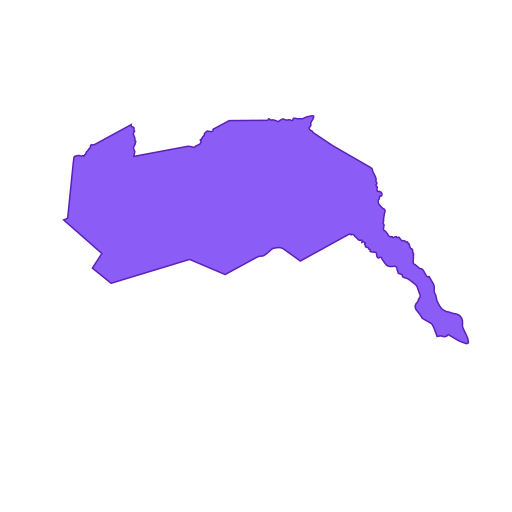 outline of Sensenti, Ocotepeque, Honduras, rotated 153°
{"feature_id": "27666195B50269536793474", "entity_name": "Sensenti", "entity_type": "district", "adm_level": 2, "iso_a3": "HND", "parent_name": "Honduras", "parent_adm1": "Ocotepeque", "projection": "albers", "projection_center": [-88.964, 14.531], "detail": "fine", "context": "isolated", "style": "filled", "palette": "violet", "viewbox_px": 512, "rotation_deg": 153, "n_neighbors": 0, "source": "geoboundaries", "source_scale": "gbopen_adm2", "svg_char_len": 6132}
<svg xmlns="http://www.w3.org/2000/svg" viewBox="0 0 512 512"><g transform="rotate(153 256 256)"><path d="M291.9,253.5L255.3,254.5L252.9,254.2L251.3,253.4L249.8,252.9L248.3,252.8L244.7,253.4L240.7,254.4L239.3,254.9L237.3,255.0L234.7,254.3L232.2,253.3L230.3,252.2L228.4,250.1L218.8,231.4L162.5,233.2L162.1,232.2L161.6,231.7L161.3,231.6L160.9,231.9L160.6,231.8L159.5,230.6L158.9,229.7L158.9,229.4L159.1,229.0L159.1,228.6L158.5,227.5L157.3,223.7L156.7,223.2L156.1,222.5L155.1,222.5L154.8,222.3L154.6,222.1L154.6,221.7L154.8,220.9L155.1,220.4L155.6,220.1L155.6,219.9L155.4,219.9L154.6,220.2L153.9,220.2L152.7,217.8L152.7,217.7L152.8,217.6L153.1,217.8L153.4,217.7L154.0,217.2L153.6,215.3L153.8,215.0L154.2,214.8L154.3,214.6L153.9,214.0L152.3,212.5L152.3,212.2L152.4,211.6L152.4,211.1L152.1,210.7L151.7,210.3L151.5,210.1L151.5,209.9L151.7,209.2L151.9,208.6L152.2,208.2L151.5,207.4L148.1,205.2L147.7,204.9L147.5,204.5L147.4,203.9L147.9,202.6L148.4,201.0L148.5,200.3L148.4,199.5L148.2,199.0L147.7,198.6L147.4,198.5L146.7,198.6L146.2,198.6L145.3,198.1L144.9,197.6L144.8,197.1L145.1,196.1L145.1,195.4L144.4,190.9L144.0,189.1L143.7,188.3L142.9,187.1L141.7,186.0L140.7,185.4L139.6,184.8L137.3,184.1L136.7,183.6L136.3,183.1L136.0,182.3L135.9,181.4L136.1,180.7L136.6,179.7L136.7,177.5L136.8,177.0L137.1,176.4L137.1,176.0L136.9,175.7L135.6,174.5L134.4,173.1L134.3,172.5L134.8,171.5L134.8,171.1L134.7,170.8L133.8,169.4L131.8,167.7L130.9,166.4L129.8,164.4L128.1,160.9L127.1,158.7L126.5,156.8L126.4,155.8L127.3,149.0L127.5,146.6L127.7,146.1L128.2,145.4L128.7,144.9L130.2,144.0L131.2,143.3L131.9,142.5L132.2,142.0L134.5,141.1L135.8,140.4L137.1,138.9L137.8,136.4L137.3,133.3L136.7,130.3L136.3,128.2L136.2,125.1L130.2,115.8L130.1,112.8L130.2,109.9L131.2,102.1L127.7,101.0L125.5,99.1L124.5,98.4L123.0,98.1L122.2,98.1L120.4,98.7L113.8,88.3L109.3,83.3L107.9,82.1L106.2,82.2L105.4,84.1L104.7,86.6L104.4,92.5L104.4,95.1L104.2,97.9L103.9,99.7L102.4,102.5L101.3,104.9L101.0,107.5L101.5,110.4L103.0,112.6L105.0,114.4L106.9,115.7L109.3,118.3L111.4,119.9L112.6,121.4L113.8,123.3L114.5,124.8L114.9,127.0L115.1,129.6L115.0,134.4L113.6,139.6L113.7,142.0L112.9,144.5L111.2,147.4L110.6,150.2L111.1,159.2L112.4,159.4L112.7,159.7L112.9,160.1L113.2,161.2L113.4,166.6L113.7,168.4L114.1,169.2L115.3,170.1L116.2,171.4L117.2,174.0L118.0,175.8L118.9,177.1L119.1,177.8L118.9,178.8L118.3,180.0L116.6,182.9L114.5,186.7L114.5,187.0L114.8,187.4L114.9,187.7L114.2,189.1L113.8,190.2L113.7,190.7L113.9,191.7L114.1,191.9L114.7,192.4L114.8,193.1L114.7,194.5L114.1,197.2L114.7,198.0L114.7,198.3L114.5,199.2L114.6,199.6L114.8,200.0L115.0,200.1L115.5,200.2L115.9,200.3L116.2,200.7L116.4,201.7L117.3,202.5L118.1,203.0L118.9,203.1L119.1,203.3L119.7,205.5L120.0,207.5L120.2,207.9L120.6,208.1L121.3,208.1L121.8,208.3L122.1,208.8L122.1,209.5L122.3,209.7L124.6,210.0L125.3,210.2L125.7,210.4L125.9,210.7L125.8,211.2L126.0,211.5L126.3,211.7L127.0,211.8L127.3,212.0L128.2,212.9L128.5,213.4L128.7,213.9L128.8,216.2L129.3,218.8L129.6,219.7L130.3,220.7L130.4,221.2L130.3,221.7L129.8,222.8L129.2,223.6L128.3,224.8L127.9,225.4L127.7,226.2L127.9,227.4L127.7,228.0L127.3,228.5L126.5,229.0L126.0,230.3L125.1,231.7L122.5,235.2L120.9,237.0L120.4,237.9L120.3,238.6L120.4,239.3L120.6,239.8L121.2,240.6L121.5,241.2L122.3,243.7L122.8,245.7L123.0,247.2L122.5,248.7L122.1,249.6L121.5,250.3L121.1,250.6L120.5,250.8L120.2,251.0L119.4,252.2L118.5,253.1L118.3,253.2L118.0,253.2L117.8,253.1L117.5,252.6L117.2,252.6L116.9,252.6L116.4,252.9L116.1,253.3L115.5,254.3L115.4,254.8L115.5,255.4L115.6,256.0L115.9,256.5L116.8,257.7L117.3,257.9L117.8,258.0L118.1,258.2L118.4,258.6L118.4,259.1L118.2,259.9L117.9,260.7L117.6,261.2L116.9,261.8L116.6,262.3L116.7,262.9L117.1,263.8L117.0,264.4L116.7,264.9L115.7,265.4L115.3,265.8L115.1,266.6L115.3,267.7L115.2,268.2L114.9,268.8L114.2,269.7L113.9,270.6L113.6,272.7L113.6,278.0L113.5,278.7L113.1,280.1L113.0,281.1L113.1,281.6L113.6,282.1L113.6,282.6L137.4,319.2L149.1,340.1L149.1,341.3L149.6,342.4L150.6,343.5L150.8,344.9L150.7,345.6L150.5,346.0L149.9,346.5L148.8,346.7L148.1,347.2L147.6,347.9L146.9,349.4L146.4,350.0L145.5,350.7L143.3,352.0L142.3,352.8L141.4,353.8L141.2,354.3L141.3,354.8L141.9,355.2L143.4,355.8L146.7,356.7L149.0,357.1L151.6,357.1L152.8,357.4L156.4,359.3L157.3,359.9L158.7,361.0L159.7,361.6L160.2,361.6L160.6,361.4L160.9,361.2L161.3,360.7L161.6,360.4L162.1,360.3L162.5,360.4L163.1,360.8L163.6,361.6L164.0,362.0L164.9,362.5L166.4,362.9L167.3,363.4L168.1,364.1L169.2,365.4L169.8,365.8L170.3,366.0L170.7,366.1L171.9,365.9L172.5,366.1L173.8,365.8L175.6,365.8L176.0,366.6L176.6,367.3L178.2,368.9L179.7,369.9L180.0,370.0L180.6,370.0L180.9,370.2L181.5,371.1L182.0,372.2L182.2,372.4L182.8,372.4L183.3,371.9L183.8,371.7L184.2,371.7L184.5,371.8L185.4,372.3L218.4,388.8L236.8,388.4L236.9,387.8L237.3,387.3L237.7,386.9L238.2,386.8L239.1,387.1L240.7,388.0L242.6,389.4L243.0,389.5L243.4,389.5L245.4,388.9L246.7,388.2L246.9,387.9L247.1,387.1L247.4,386.8L247.8,386.7L248.5,386.7L249.0,386.6L251.7,384.8L252.0,384.7L252.6,384.9L252.9,384.8L253.0,384.6L253.1,384.4L252.7,383.8L252.8,383.3L253.7,382.2L255.2,381.2L259.7,381.3L261.6,380.8L262.2,381.1L264.9,383.5L266.9,384.7L319.6,400.2L316.6,404.0L316.4,406.6L316.1,407.7L315.9,408.3L314.2,409.7L312.8,410.6L312.6,410.9L312.3,411.6L312.0,411.9L311.5,412.1L311.2,412.4L311.1,412.9L311.3,413.5L311.3,414.0L310.7,415.4L310.4,416.2L310.1,417.9L310.1,419.6L309.9,420.3L309.5,421.0L308.8,421.7L308.4,421.9L307.8,422.0L307.5,422.3L307.4,422.7L307.5,423.3L307.5,423.7L306.9,424.9L306.5,425.9L306.7,426.3L307.8,427.6L308.1,428.1L308.1,428.5L308.1,429.0L307.9,429.3L307.6,429.7L349.1,428.6L349.8,428.7L350.6,428.9L351.3,429.2L351.9,429.8L352.5,429.9L352.9,429.8L353.2,429.6L353.9,428.5L354.7,427.7L355.1,427.6L356.0,427.4L357.2,426.6L359.7,425.7L361.7,424.2L362.1,424.0L362.8,423.9L363.5,423.3L364.0,423.1L364.3,423.6L364.4,423.8L365.1,424.1L366.1,424.3L366.6,424.6L367.2,425.0L367.9,425.8L369.1,426.4L369.6,426.5L370.3,426.5L371.0,426.9L371.8,427.1L372.3,427.1L373.4,426.6L376.9,421.4L406.6,375.3L408.9,375.2L411.0,375.5L392.2,328.2L407.3,319.5L397.5,297.5L316.7,283.1L291.9,253.5Z" fill="#8b5cf6" stroke="#5b21b6" stroke-width="1.5"/></g></svg>